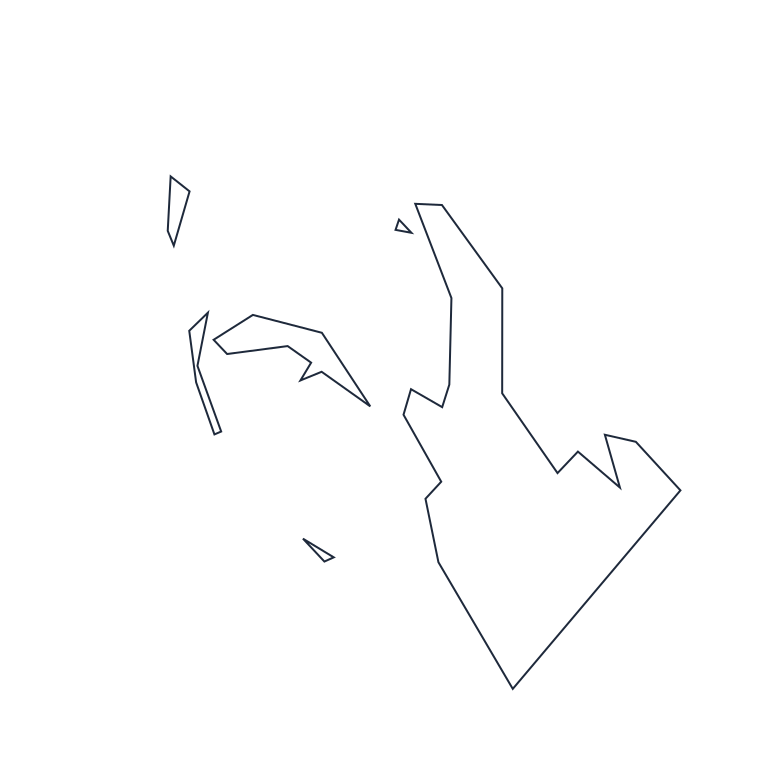 SVG path tracing the border of Papua New Guinea, rotated 221°
{"feature_id": "PNG", "entity_name": "Papua New Guinea", "entity_type": "country or territory", "adm_level": 0, "iso_a3": "PNG", "parent_name": "Oceania", "parent_adm1": "", "projection": "orthographic", "projection_center": [148.76, -6.492], "detail": "coarse", "context": "isolated", "style": "outline", "palette": "slate", "viewbox_px": 768, "rotation_deg": 221, "n_neighbors": 0, "source": "natural_earth", "source_scale": "50m", "svg_char_len": 768}
<svg xmlns="http://www.w3.org/2000/svg" viewBox="0 0 768 768"><g transform="rotate(221 384 384)"><path d="M90.5,498.2L86.8,238.4L226.0,285.2L277.4,324.6L276.7,347.8L349.1,373.6L360.2,397.8L324.9,404.7L334.3,426.4L389.5,493.1L478.6,540.5L457.7,557.1L357.5,533.8L288.7,454.5L194.6,430.6L193.3,460.2L138.0,460.6L184.0,490.6L156.0,505.6L90.5,498.2ZM522.1,303.7L541.6,305.6L528.3,350.1L464.5,381.9L379.7,358.1L439.1,352.3L449.4,331.9L453.0,352.3L481.6,349.4L522.1,303.7ZM681.2,400.7L657.1,401.8L633.4,350.5L647.7,357.7L681.2,400.7ZM563.7,322.3L536.7,275.3L475.7,241.3L478.9,234.7L526.9,262.0L565.9,296.4L563.7,322.3ZM312.5,210.9L343.7,214.1L308.2,220.2L312.5,210.9ZM462.5,516.1L476.4,507.9L480.5,517.9L462.5,516.1Z" fill="none" stroke="#1e293b" stroke-width="2"/></g></svg>